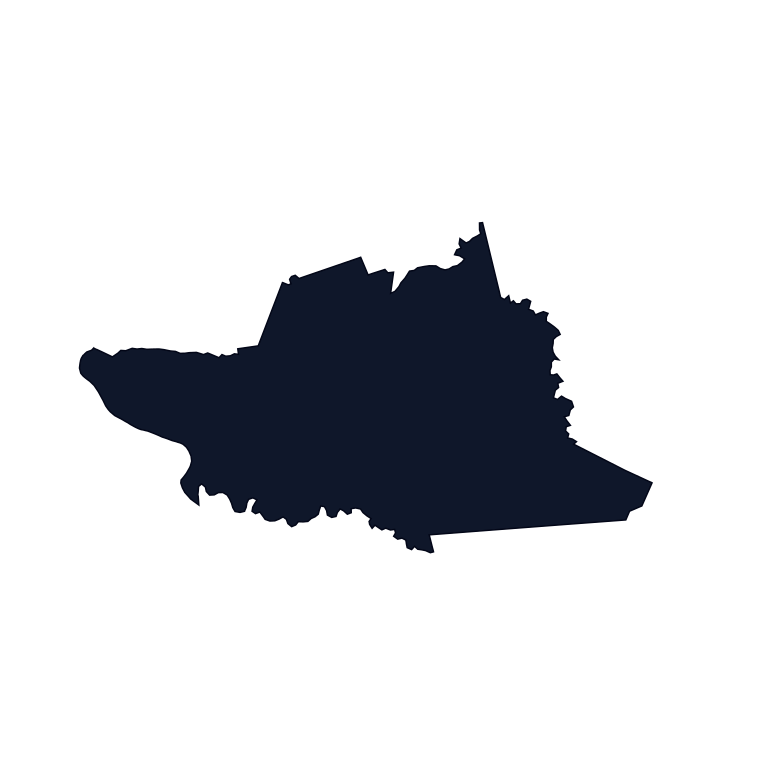 outline of Oberá, Misiones, Argentina, rotated 115°
{"feature_id": "61730980B41869558035533", "entity_name": "Oberá", "entity_type": "district", "adm_level": 2, "iso_a3": "ARG", "parent_name": "Argentina", "parent_adm1": "Misiones", "projection": "equal_earth", "projection_center": [-55.041, -27.479], "detail": "fine", "context": "isolated", "style": "filled", "palette": "ink", "viewbox_px": 768, "rotation_deg": 115, "n_neighbors": 0, "source": "geoboundaries", "source_scale": "gbopen_adm2", "svg_char_len": 4860}
<svg xmlns="http://www.w3.org/2000/svg" viewBox="0 0 768 768"><g transform="rotate(115 384 384)"><path d="M196.1,362.9L197.7,365.5L200.6,364.1L204.0,362.5L206.9,359.8L209.8,361.6L210.4,362.0L214.6,365.3L218.7,366.8L221.5,369.2L220.4,375.1L220.1,376.6L222.9,375.8L225.3,375.1L228.2,371.5L231.6,374.7L235.0,374.7L237.0,374.7L236.8,373.7L235.8,369.8L236.5,363.8L240.5,364.8L245.7,367.5L248.5,371.2L252.2,373.6L254.8,376.9L255.6,381.8L255.0,386.8L257.7,392.9L260.3,396.9L264.5,402.7L268.3,404.6L270.9,408.6L275.1,409.1L279.3,409.7L285.1,411.4L289.4,411.6L295.4,413.2L299.1,416.3L283.8,421.0L278.6,422.6L281.4,427.2L281.6,427.5L280.1,430.9L279.8,431.6L281.4,433.3L288.8,441.3L291.9,444.5L287.9,448.9L279.0,458.7L281.1,460.8L324.3,505.6L323.4,508.9L323.0,510.4L325.7,513.2L329.0,513.8L332.5,510.6L334.6,512.6L334.9,518.4L335.0,518.9L336.0,518.8L358.8,517.2L363.1,516.9L402.6,514.1L413.9,531.4L418.6,528.4L419.9,532.4L421.2,533.4L423.4,535.2L425.7,539.2L425.8,543.3L429.9,544.6L430.2,552.0L430.4,556.9L433.6,560.0L434.6,567.3L437.9,573.7L440.4,577.6L442.4,581.8L442.6,586.8L444.3,591.4L445.9,598.1L447.4,602.8L450.6,609.3L452.8,613.6L454.2,618.5L456.7,622.6L458.1,627.3L463.0,632.1L464.8,636.7L468.5,638.2L474.2,641.6L474.1,653.6L474.1,658.8L474.2,659.2L474.2,662.2L474.1,662.3L474.9,662.6L476.7,663.2L476.9,663.2L480.6,666.9L483.0,667.9L484.6,668.4L485.2,668.8L485.6,668.9L486.7,669.0L488.7,669.2L491.1,668.9L491.7,668.7L493.4,668.3L495.0,667.8L496.9,667.2L498.3,666.7L502.3,663.4L502.5,663.1L503.3,661.4L503.7,660.6L504.1,659.4L504.5,658.0L505.1,655.5L505.6,653.1L505.8,651.9L507.8,646.1L511.8,639.5L516.6,633.0L517.4,631.9L521.4,627.0L523.6,623.2L524.9,620.2L526.4,614.7L526.7,608.8L526.7,607.9L526.9,605.4L527.2,602.6L527.3,600.7L527.3,600.1L527.6,598.2L527.8,596.8L528.0,593.9L528.1,592.7L528.2,590.8L528.2,587.5L528.1,586.2L528.0,585.2L527.8,584.2L527.4,582.9L527.0,580.5L526.5,578.4L526.3,575.9L526.1,572.9L525.9,569.5L525.9,569.2L525.8,566.3L525.8,562.7L525.4,559.6L525.1,556.6L525.1,556.2L524.8,552.1L524.0,547.6L524.0,547.0L523.5,543.7L523.5,541.0L523.5,540.9L523.8,539.7L524.8,536.3L526.3,533.9L527.2,532.5L527.3,532.3L527.8,531.8L528.6,530.9L530.8,528.4L535.3,525.6L536.1,525.5L540.2,524.8L542.2,524.8L548.3,525.3L553.1,526.3L555.3,526.9L556.7,527.3L559.6,526.3L563.3,522.8L565.5,519.9L566.1,519.1L566.3,518.9L566.7,518.0L568.8,513.1L569.9,510.7L570.7,506.8L571.1,504.7L571.9,500.7L564.0,505.1L563.4,505.8L559.3,507.2L555.2,508.8L554.8,508.6L551.6,507.1L552.9,502.3L555.3,500.5L556.5,499.6L558.4,495.1L556.2,491.0L552.5,488.3L550.6,484.5L550.4,484.3L550.9,479.2L553.5,475.2L556.6,471.7L559.9,468.8L560.7,467.7L562.5,465.1L561.2,460.2L558.3,456.6L558.0,456.7L554.1,456.8L552.3,457.3L549.9,458.0L545.8,458.0L544.5,456.7L542.6,454.7L542.7,450.1L546.8,450.6L551.1,450.9L552.5,450.5L555.1,449.8L555.6,446.7L555.8,445.7L552.5,442.4L554.5,438.7L555.3,437.2L556.9,434.5L556.4,429.5L554.1,425.1L550.8,422.0L549.8,421.3L547.1,419.3L547.9,415.3L548.7,414.5L551.1,412.1L552.3,407.4L549.1,404.5L545.0,403.5L543.1,399.0L540.7,394.9L536.7,393.2L533.5,390.4L530.0,388.7L529.7,388.6L525.5,389.4L521.3,389.8L520.3,386.1L523.0,382.5L524.6,381.4L526.7,379.9L527.0,375.0L524.3,371.5L520.1,372.0L517.7,371.4L515.8,371.0L515.9,368.4L516.0,367.0L517.5,362.2L514.5,359.3L510.9,361.1L508.5,357.6L508.3,357.3L507.2,352.4L509.4,348.7L510.7,343.8L511.4,338.8L514.9,339.4L515.0,339.3L517.3,337.7L519.8,333.8L517.0,332.9L515.8,332.5L515.8,332.3L516.4,328.7L517.1,324.3L513.9,321.5L513.9,321.2L513.6,316.5L511.3,312.9L514.1,310.6L516.6,310.8L517.9,310.9L518.8,306.0L517.9,304.9L516.1,302.6L516.2,298.3L518.3,296.8L519.3,296.2L522.5,293.8L522.4,289.0L518.2,287.7L519.5,283.6L518.3,279.7L517.4,275.9L517.3,270.7L516.7,270.0L515.2,268.2L514.4,268.8L511.8,271.0L501.6,279.3L474.9,231.9L434.3,159.7L405.0,107.4L395.5,107.7L386.2,99.4L385.6,98.8L360.3,99.3L360.4,127.8L360.4,129.5L358.4,186.7L354.9,185.2L354.3,190.1L355.3,194.8L351.2,195.5L349.8,199.6L345.7,200.8L342.7,197.6L340.0,202.8L337.5,206.8L334.4,203.2L328.8,204.2L324.7,202.6L320.4,206.7L320.5,213.6L320.2,215.9L320.0,218.0L324.7,220.2L324.9,224.6L317.7,226.0L317.3,226.1L313.3,224.3L309.9,226.8L305.9,223.0L304.0,227.3L301.8,231.6L303.2,233.1L304.2,234.1L305.1,236.5L305.4,237.2L304.4,237.8L301.6,239.3L300.2,239.4L297.7,239.6L293.4,241.6L289.4,240.3L288.2,235.9L286.4,240.5L283.7,244.2L280.0,246.8L276.0,247.8L272.1,249.4L268.2,247.9L264.6,245.3L261.8,248.7L260.4,253.5L259.4,258.5L258.6,263.5L257.3,264.0L254.7,265.2L250.7,265.2L251.1,270.1L254.1,273.1L256.6,275.3L257.4,276.0L254.8,279.6L255.1,283.5L255.2,284.6L247.1,286.0L246.7,290.4L249.5,293.8L253.6,294.3L255.3,297.7L255.6,298.2L253.9,301.9L257.2,303.6L256.1,304.5L254.2,306.0L251.3,308.3L253.8,309.4L256.6,310.6L256.4,312.7L256.3,314.8L254.6,316.2L253.0,317.5L252.2,318.1L251.1,318.9L249.9,319.9L196.1,362.9Z" fill="#0f172a" stroke="#020617" stroke-width="1.5"/></g></svg>